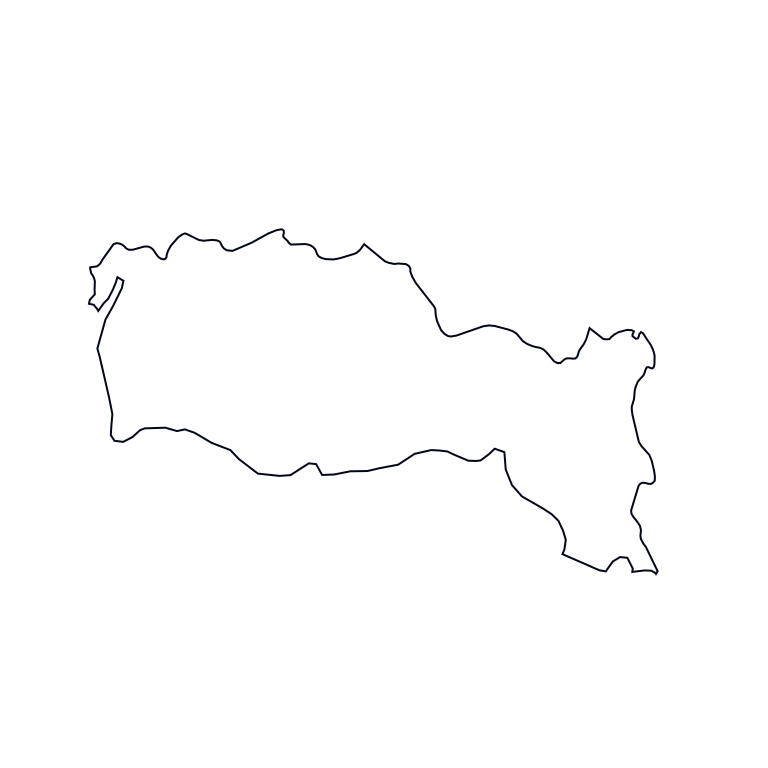 map outline of Nicosia (orthographic projection), rotated 196°
{"feature_id": "CYP-3464", "entity_name": "Nicosia", "entity_type": "District", "adm_level": 1, "iso_a3": "CYP", "parent_name": "Cyprus", "parent_adm1": "", "projection": "orthographic", "projection_center": [33.02, 35.04], "detail": "fine", "context": "isolated", "style": "outline", "palette": "ink", "viewbox_px": 768, "rotation_deg": 196, "n_neighbors": 0, "source": "natural_earth", "source_scale": "10m", "svg_char_len": 3437}
<svg xmlns="http://www.w3.org/2000/svg" viewBox="0 0 768 768"><g transform="rotate(196 384 384)"><path d="M627.4,255.1L632.5,259.5L634.6,268.9L636.8,280.2L644.9,295.9L652.2,309.1L664.7,331.6L669.3,339.1L669.4,353.6L669.5,369.2L665.9,384.4L662.4,403.9L662.9,411.4L669.7,413.2L669.7,408.2L670.6,400.1L672.6,390.0L675.7,384.4L678.8,375.5L680.0,376.7L684.7,380.1L689.7,379.8L690.0,383.8L686.7,390.5L688.2,394.8L690.3,403.2L691.7,405.5L693.6,407.7L696.0,409.8L697.9,413.2L698.5,414.6L698.6,415.2L692.5,417.9L690.9,419.8L689.8,422.1L688.9,426.0L682.6,443.7L680.1,445.6L677.2,446.1L674.2,445.8L671.4,444.7L669.2,443.3L666.4,442.7L662.5,443.8L652.4,450.0L648.8,451.1L645.8,450.8L643.1,449.6L637.3,444.9L635.6,443.8L633.1,443.0L629.8,443.1L628.6,444.2L628.1,445.9L628.5,448.4L628.3,452.6L627.0,458.2L622.3,468.2L619.3,472.0L616.8,473.9L614.1,473.7L601.6,471.4L596.9,472.0L589.0,475.1L584.5,476.0L581.1,475.6L577.7,471.9L575.3,470.2L572.2,469.2L566.3,470.2L549.9,483.6L536.5,497.0L529.6,502.3L524.9,504.6L522.6,503.7L521.9,501.7L521.9,499.6L521.4,497.8L520.0,496.9L516.2,495.0L514.3,493.4L511.8,492.4L498.4,496.8L495.5,497.1L492.3,496.9L489.5,495.9L487.2,494.5L484.1,490.4L482.0,488.7L478.6,487.9L474.5,488.0L466.9,489.8L461.3,492.6L448.9,500.6L446.6,502.4L445.0,504.7L443.9,506.6L441.6,512.9L416.9,502.2L412.9,501.8L407.3,502.2L403.3,503.8L396.1,505.3L392.5,504.3L390.5,502.2L389.7,499.4L386.5,495.0L381.2,489.8L357.1,472.2L355.8,470.7L355.0,469.5L354.3,467.2L352.8,463.5L350.2,458.9L344.0,451.5L339.5,448.8L335.5,447.7L332.5,448.2L327.6,450.6L304.6,466.8L299.1,469.3L293.4,470.3L279.2,470.6L274.7,470.2L270.7,469.1L262.3,463.5L258.1,462.1L253.7,461.5L249.4,461.3L243.8,461.8L240.2,461.1L236.6,459.3L226.8,452.7L223.0,451.9L220.2,452.8L217.3,457.5L215.3,459.1L212.5,459.9L209.6,460.4L207.0,461.3L205.9,463.4L205.6,465.9L205.7,468.7L205.1,471.5L203.1,477.0L202.4,480.1L201.9,483.3L201.8,494.4L185.8,487.8L183.0,488.1L179.7,489.3L178.5,491.8L176.2,495.1L172.8,498.5L165.3,503.0L160.8,504.0L158.3,503.5L158.4,502.0L158.8,500.2L158.4,498.6L154.4,496.9L152.6,497.8L152.2,499.8L152.3,502.2L151.3,504.7L149.6,504.4L147.8,503.2L145.9,501.4L138.7,495.4L135.2,491.5L133.2,488.6L131.7,485.8L129.5,477.7L129.3,475.2L129.6,474.0L130.6,472.8L134.6,473.1L136.0,472.4L136.5,470.3L136.7,465.6L137.1,463.6L139.4,459.1L140.6,456.4L141.1,453.0L141.3,449.6L141.1,446.4L139.9,440.6L139.5,437.8L139.6,430.5L138.5,427.0L136.6,422.7L123.0,398.5L119.3,395.2L109.3,388.9L105.4,383.9L100.2,374.5L98.0,369.5L97.1,365.6L98.2,363.2L99.8,361.6L102.6,360.9L105.4,360.9L108.3,360.4L110.2,358.8L111.2,356.2L111.6,330.4L110.3,327.4L107.6,324.9L104.2,322.6L99.0,318.4L96.7,314.4L95.7,308.9L94.4,305.9L90.5,301.9L87.2,299.4L69.4,279.5L70.2,276.4L71.3,277.2L75.6,278.2L82.2,276.6L93.5,271.8L94.0,275.2L102.2,284.0L109.4,282.7L115.1,276.5L118.2,267.8L119.0,265.1L125.4,264.3L131.6,265.1L152.5,267.9L165.5,269.6L165.0,274.7L166.3,284.3L171.5,292.4L178.7,300.6L186.8,305.0L197.1,308.2L220.3,313.9L233.1,322.1L243.4,335.3L249.5,351.7L259.8,352.3L263.8,345.4L270.0,337.2L274.2,335.4L281.9,333.5L297.3,335.4L304.5,336.6L312.1,335.4L320.4,333.5L335.3,325.3L348.2,310.3L364.6,302.1L375.9,295.8L392.3,290.8L407.1,283.2L418.4,279.5L427.2,288.3L434.4,287.0L448.7,270.7L459.0,266.9L480.5,263.1L502.7,271.8L513.4,278.1L533.5,279.9L552.5,284.9L562.8,285.5L570.0,281.7L582.2,281.7L601.8,275.4L605.9,272.2L610.9,264.0L618.7,256.5L627.4,255.1Z" fill="none" stroke="#020617" stroke-width="2"/></g></svg>